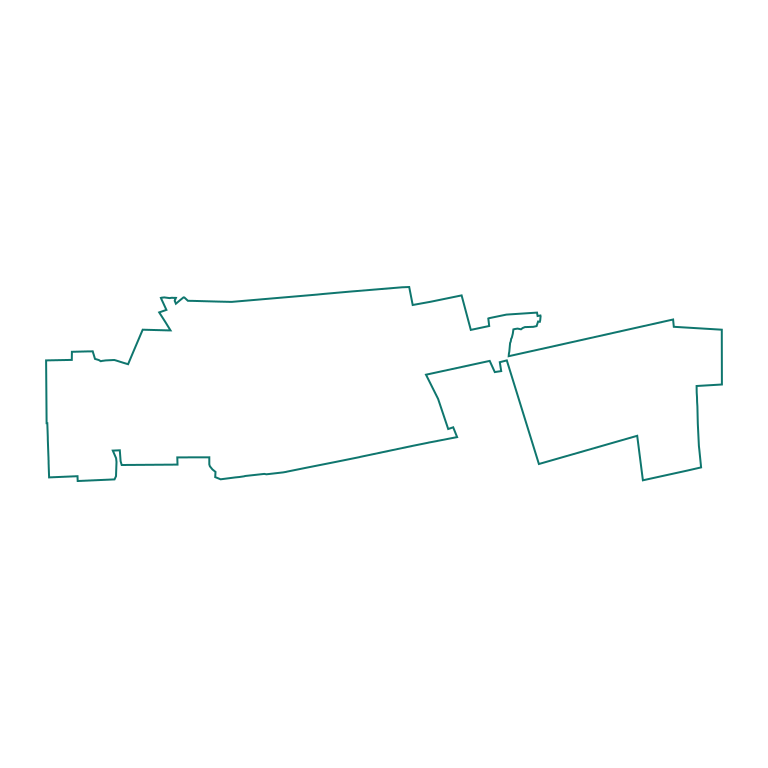 Draganesti, Galati, Romania
{"feature_id": "2599482B97201329227047", "entity_name": "Draganesti", "entity_type": "district", "adm_level": 2, "iso_a3": "ROU", "parent_name": "Romania", "parent_adm1": "Galati", "projection": "robinson", "projection_center": [27.487, 45.796], "detail": "fine", "context": "isolated", "style": "outline", "palette": "teal", "viewbox_px": 768, "rotation_deg": 0, "n_neighbors": 0, "source": "geoboundaries", "source_scale": "gbopen_adm2", "svg_char_len": 2309}
<svg xmlns="http://www.w3.org/2000/svg" viewBox="0 0 768 768"><path d="M46.6,423.2L46.9,423.2L47.3,423.2L47.6,431.5L47.8,437.5L47.8,439.4L48.4,455.7L48.5,458.2L48.5,459.4L48.6,460.7L48.6,463.2L48.7,465.7L48.7,466.2L49.1,477.4L77.5,476.2L77.7,481.0L78.2,481.0L114.5,479.4L116.0,476.2L116.5,462.0L116.1,458.2L112.8,450.6L119.8,450.3L120.6,461.2L121.7,465.0L177.5,464.6L177.3,457.4L209.3,457.3L209.3,464.4L209.9,466.3L212.4,469.4L215.5,471.9L215.2,477.1L220.6,479.3L235.4,477.4L239.4,477.0L244.2,476.3L245.1,476.0L264.3,473.9L266.4,474.3L283.1,472.4L286.5,471.8L286.7,471.7L306.5,467.7L335.3,462.0L359.6,457.1L360.2,456.9L412.9,445.8L428.3,442.7L428.5,442.6L437.2,441.0L437.4,440.9L437.5,440.9L457.1,437.1L453.2,427.3L448.2,429.0L438.1,398.9L426.0,374.7L489.7,360.9L494.8,372.1L497.2,371.7L501.2,371.1L499.8,362.2L506.8,360.4L538.9,464.0L637.2,435.8L642.9,480.3L661.1,476.3L687.6,470.5L701.1,467.4L699.3,449.5L698.9,446.0L697.8,423.6L697.4,406.4L697.1,401.9L697.0,397.3L696.7,392.7L696.6,386.0L721.9,384.5L721.8,338.4L721.8,329.7L673.8,326.8L673.1,319.5L567.2,343.2L508.7,356.2L508.9,353.7L509.3,351.7L510.1,343.0L510.7,341.6L511.2,338.7L511.8,337.7L512.8,333.7L513.4,329.4L515.0,329.0L517.6,328.6L521.0,329.3L522.7,328.0L524.9,327.1L531.2,326.9L532.9,326.9L536.6,326.1L538.1,321.5L539.8,321.8L540.2,320.3L540.4,318.1L540.6,316.3L540.4,315.5L537.6,316.0L537.0,312.6L506.4,314.6L489.0,318.2L488.3,318.5L489.2,326.0L475.5,328.9L470.8,329.9L461.6,295.4L430.4,301.8L421.5,303.4L412.7,305.0L409.2,287.0L401.9,287.3L357.3,291.0L351.1,291.5L322.9,294.0L316.9,294.6L231.5,301.9L218.7,301.6L193.4,300.9L187.9,300.8L184.4,297.5L183.5,297.4L179.8,300.4L175.9,303.7L174.7,300.8L174.9,300.0L175.0,300.0L175.9,297.9L171.4,297.8L169.7,298.1L164.9,297.5L164.3,297.4L161.6,297.7L160.9,297.9L161.1,298.4L161.4,299.1L163.0,302.5L166.4,309.9L159.2,312.4L165.4,322.1L170.5,330.4L168.5,330.4L142.7,329.7L132.8,353.0L128.1,364.2L123.7,362.9L116.1,360.5L114.3,360.0L112.0,360.1L105.8,360.4L104.3,360.6L102.9,360.8L102.5,360.8L101.8,361.0L100.7,361.2L99.3,360.3L98.7,360.0L95.0,358.9L94.8,358.2L94.6,357.7L94.4,356.9L93.8,355.0L93.7,354.4L93.5,354.0L93.2,353.1L93.0,352.2L92.7,351.3L91.1,351.4L89.9,351.4L88.5,351.4L88.1,351.4L71.9,351.8L71.8,359.9L66.7,360.0L46.1,360.4L46.6,423.2Z" fill="none" stroke="#0f766e" stroke-width="2"/></svg>